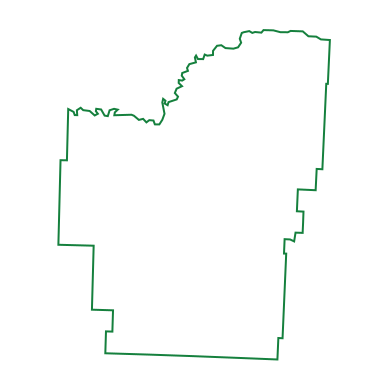 Valley, Montana, United States of America, rotated 182°
{"feature_id": "52423323B15703516824983", "entity_name": "Valley", "entity_type": "district", "adm_level": 2, "iso_a3": "USA", "parent_name": "United States of America", "parent_adm1": "Montana", "projection": "orthographic", "projection_center": [-106.597, 48.331], "detail": "fine", "context": "isolated", "style": "outline", "palette": "green", "viewbox_px": 384, "rotation_deg": 182, "n_neighbors": 0, "source": "geoboundaries", "source_scale": "gbopen_adm2", "svg_char_len": 1546}
<svg xmlns="http://www.w3.org/2000/svg" viewBox="0 0 384 384"><g transform="rotate(182 192 192)"><path d="M224.1,284.1L224.8,280.4L222.2,269.2L224.2,263.1L227.0,258.4L231.5,258.3L233.0,262.1L237.2,262.3L240.0,260.0L243.4,263.4L247.6,262.2L252.7,266.2L255.2,267.1L272.3,266.0L271.9,268.9L269.1,271.7L272.8,272.4L277.2,270.8L278.8,264.9L282.0,265.3L285.7,271.3L290.6,271.8L290.9,269.4L288.8,266.9L291.9,265.1L297.1,269.4L303.6,270.0L306.2,272.3L309.9,269.7L309.4,264.8L311.9,264.8L313.1,267.9L318.6,270.6L318.2,228.2L318.1,219.3L324.5,219.2L323.7,134.6L288.4,134.9L287.9,70.9L266.8,71.0L266.7,49.7L273.1,49.7L273.0,27.8L251.5,27.9L230.1,28.0L214.5,28.0L185.0,28.0L135.8,27.8L100.8,27.6L100.6,49.1L96.4,49.0L95.7,133.7L97.9,133.7L97.8,148.1L92.3,148.0L88.2,146.2L87.1,155.0L80.0,155.0L79.9,165.0L79.9,176.3L86.5,176.4L86.3,198.3L68.5,198.1L68.2,219.4L62.5,219.3L61.6,304.8L60.0,304.8L59.5,348.7L68.5,349.0L73.2,351.6L81.1,351.7L86.9,356.4L99.1,356.4L101.8,355.0L109.2,354.8L116.4,356.4L126.2,356.3L128.2,353.7L134.6,354.1L137.3,353.1L140.4,354.8L145.8,353.5L147.8,352.7L149.6,346.8L148.1,342.9L151.0,338.2L155.6,336.7L163.6,337.0L167.8,339.7L172.1,339.0L175.9,333.8L175.8,329.7L181.5,328.8L184.1,329.8L185.5,325.2L190.7,325.1L192.7,328.5L193.8,326.6L192.6,321.7L199.1,319.7L201.3,315.8L200.3,312.9L205.9,310.6L206.3,307.9L203.6,304.4L205.7,303.0L209.1,303.4L209.1,300.5L205.7,297.4L211.0,294.7L212.6,290.3L209.3,286.8L210.5,284.0L218.6,281.0L219.4,277.9L222.4,279.5L221.7,282.3L224.1,284.1Z" fill="none" stroke="#15803d" stroke-width="2"/></g></svg>